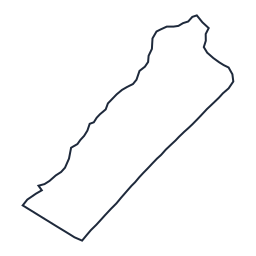 the district of Balneário Rincão, Santa Catarina, Brazil
{"feature_id": "56859067B51048892739897", "entity_name": "Balneário Rincão", "entity_type": "district", "adm_level": 2, "iso_a3": "BRA", "parent_name": "Brazil", "parent_adm1": "Santa Catarina", "projection": "equal_earth", "projection_center": [-49.252, -28.826], "detail": "fine", "context": "isolated", "style": "outline", "palette": "slate", "viewbox_px": 256, "rotation_deg": 0, "n_neighbors": 0, "source": "geoboundaries", "source_scale": "gbopen_adm2", "svg_char_len": 1156}
<svg xmlns="http://www.w3.org/2000/svg" viewBox="0 0 256 256"><path d="M82.1,240.6L87.0,234.7L90.9,230.1L96.3,224.8L101.7,218.9L105.1,215.1L110.9,208.9L116.4,203.4L121.1,197.7L127.2,190.7L131.4,185.9L135.1,182.2L139.3,177.2L143.3,172.9L147.6,168.5L152.3,163.5L157.0,158.6L161.2,154.8L165.8,149.6L171.2,144.5L175.5,140.5L178.9,136.9L184.2,131.8L188.9,127.6L192.6,124.1L197.5,119.1L201.5,114.9L207.0,109.0L213.7,102.7L218.9,97.7L222.9,93.3L228.6,88.4L233.3,81.5L232.4,74.3L228.6,67.5L223.7,65.1L219.2,62.3L213.5,58.2L207.2,52.7L203.8,47.1L205.8,40.8L205.7,34.0L208.7,28.1L202.4,22.3L196.8,15.4L192.3,16.9L188.2,21.5L183.1,23.1L178.4,25.9L173.5,26.6L166.8,26.6L160.7,29.4L156.5,31.5L152.5,38.4L151.9,48.9L148.6,55.8L148.1,62.0L144.9,66.7L139.5,70.9L136.5,79.7L133.0,84.0L127.2,86.9L122.0,89.9L116.7,94.3L107.9,103.4L105.7,109.4L100.0,114.2L96.7,117.7L93.8,122.3L89.7,123.8L87.4,130.6L84.1,135.9L80.4,139.9L77.4,144.1L71.1,147.7L69.0,158.6L65.0,167.7L61.1,172.0L55.8,175.4L49.4,181.0L44.5,184.1L38.5,185.7L41.8,190.3L35.9,193.7L27.3,199.6L22.7,205.4L56.4,226.2L64.8,231.3L69.7,234.3L74.5,237.3L82.1,240.6Z" fill="none" stroke="#1e293b" stroke-width="2"/></svg>